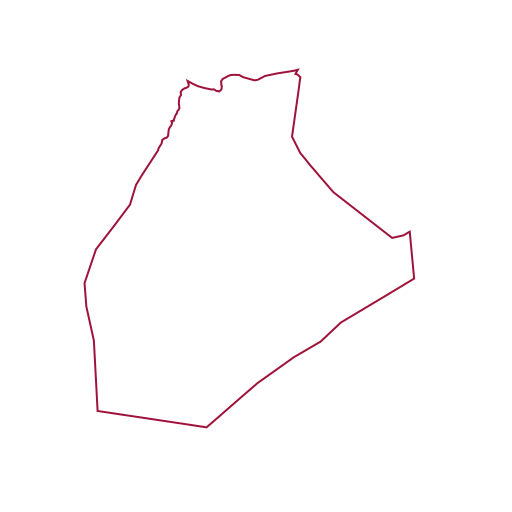 Santa Catarina Mechoacán, Oaxaca, Mexico (Mercator projection), rotated 15°
{"feature_id": "50627088B17186904651787", "entity_name": "Santa Catarina Mechoacán", "entity_type": "district", "adm_level": 2, "iso_a3": "MEX", "parent_name": "Mexico", "parent_adm1": "Oaxaca", "projection": "mercator", "projection_center": [-97.846, 16.342], "detail": "fine", "context": "isolated", "style": "outline", "palette": "rose", "viewbox_px": 512, "rotation_deg": 15, "n_neighbors": 0, "source": "geoboundaries", "source_scale": "gbopen_adm2", "svg_char_len": 1461}
<svg xmlns="http://www.w3.org/2000/svg" viewBox="0 0 512 512"><g transform="rotate(15 256 256)"><path d="M398.2,192.7L393.1,197.9L382.8,203.3L314.6,174.5L313.0,173.5L294.2,160.7L293.7,160.3L288.6,156.8L285.5,154.8L279.2,150.1L272.1,145.1L259.9,131.4L254.6,87.8L252.8,74.0L252.6,71.8L249.1,70.0L247.0,69.9L248.2,65.3L244.2,67.5L228.9,74.3L219.2,79.2L217.9,80.0L212.1,85.3L209.1,86.7L197.5,86.6L192.8,85.5L188.7,86.5L186.6,87.1L184.4,87.9L182.9,89.1L178.0,93.6L177.0,96.4L177.8,98.1L178.2,99.8L179.0,100.6L179.5,103.6L179.2,104.6L177.8,106.7L176.4,106.5L175.0,106.8L172.2,105.9L170.0,106.7L162.5,107.1L155.7,107.0L150.3,106.0L144.6,104.6L146.8,108.1L146.9,109.5L146.6,110.3L144.5,112.1L143.7,112.4L141.9,114.4L140.9,116.8L141.1,118.1L141.6,119.1L141.9,119.8L141.0,122.9L141.9,128.4L143.8,133.0L143.4,134.9L142.6,136.4L142.5,139.4L142.1,139.8L141.7,141.6L141.4,145.6L141.6,146.7L139.8,147.2L139.3,147.7L139.8,148.3L140.6,149.1L140.3,152.2L139.5,153.7L139.0,156.3L139.3,158.5L140.0,162.7L139.2,164.7L137.5,165.8L137.3,165.8L135.4,168.3L135.5,169.3L135.7,171.7L134.2,176.5L134.0,178.0L134.1,179.2L124.6,208.3L121.7,218.4L121.0,239.0L111.0,263.9L99.7,291.0L97.4,326.6L105.2,348.7L121.3,379.7L134.3,419.6L143.1,446.7L252.6,434.3L263.0,418.9L277.2,397.8L281.1,392.0L290.4,378.3L305.7,359.8L318.9,343.8L332.6,330.0L340.6,321.9L346.4,312.5L355.2,298.3L360.1,293.2L380.6,272.1L395.2,257.0L414.6,236.9L398.2,192.7Z" fill="none" stroke="#9f1239" stroke-width="2"/></g></svg>